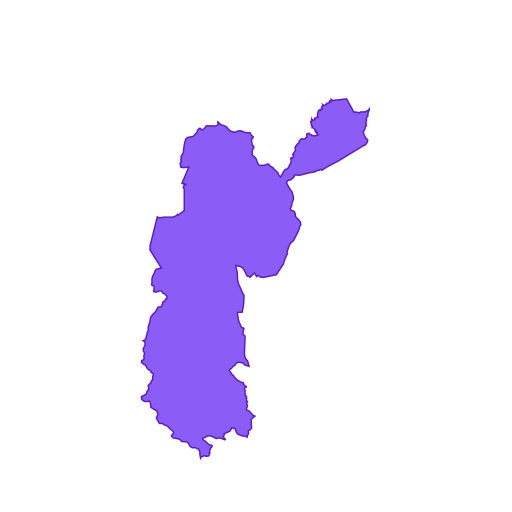 outline of Zoquitlán, Puebla, Mexico, rotated 141°
{"feature_id": "50627088B95071614808340", "entity_name": "Zoquitlán", "entity_type": "district", "adm_level": 2, "iso_a3": "MEX", "parent_name": "Mexico", "parent_adm1": "Puebla", "projection": "albers", "projection_center": [-97.006, 18.385], "detail": "fine", "context": "isolated", "style": "filled", "palette": "violet", "viewbox_px": 512, "rotation_deg": 141, "n_neighbors": 0, "source": "geoboundaries", "source_scale": "gbopen_adm2", "svg_char_len": 6137}
<svg xmlns="http://www.w3.org/2000/svg" viewBox="0 0 512 512"><g transform="rotate(141 256 256)"><path d="M397.1,261.2L396.5,259.6L397.4,257.4L398.3,256.6L402.1,254.8L403.3,253.1L403.7,250.9L404.1,250.2L406.1,248.9L407.5,246.6L409.0,246.2L410.6,246.7L411.9,245.5L411.6,243.1L410.6,240.8L411.3,236.5L410.2,233.2L410.1,232.4L410.8,231.4L410.1,229.8L410.4,228.4L412.6,227.0L414.0,225.0L415.9,224.8L418.0,223.3L419.7,223.6L421.6,223.0L422.0,221.4L423.7,219.8L426.2,219.2L427.5,218.1L428.4,217.9L431.1,218.2L432.5,218.7L434.0,218.5L435.0,216.3L434.7,214.4L433.8,212.7L431.8,211.1L430.3,210.7L430.1,210.2L430.6,208.2L432.9,204.5L430.6,197.9L431.9,194.7L435.4,192.9L436.4,187.3L436.2,186.3L434.2,184.9L433.5,182.5L431.9,179.7L431.6,176.0L430.9,172.4L430.9,171.1L431.4,170.2L434.6,169.7L435.0,169.3L434.9,167.7L434.4,166.3L431.1,162.3L430.5,160.9L430.6,159.6L430.3,158.4L426.8,155.1L426.3,152.4L427.0,150.8L427.0,149.4L426.2,147.1L423.8,145.3L422.2,141.9L423.0,138.9L424.2,137.5L426.3,133.8L424.7,134.4L423.6,133.7L422.2,133.6L420.7,131.7L418.9,130.5L417.4,130.8L416.2,131.7L415.6,132.5L415.9,132.7L414.9,133.3L413.8,134.6L412.7,134.6L412.5,135.3L410.4,135.5L409.5,136.1L409.8,137.2L411.4,138.9L411.7,142.9L412.9,147.0L412.0,147.9L409.5,146.9L408.1,147.1L405.0,145.4L403.9,144.0L401.8,139.2L398.6,137.5L395.9,132.8L395.3,132.7L395.2,136.3L394.8,136.7L393.7,136.6L392.5,137.9L386.6,136.3L382.7,137.7L381.6,135.8L380.8,135.1L382.3,130.9L382.0,128.4L379.8,124.7L377.5,122.4L376.9,120.8L375.8,121.8L373.9,122.5L372.9,123.5L372.1,125.1L369.7,124.6L367.8,125.0L365.9,127.5L365.9,128.2L363.7,130.2L362.9,132.1L357.6,132.2L358.6,134.2L358.8,139.6L360.1,142.2L360.0,142.9L358.3,144.2L357.6,144.3L356.7,145.2L356.0,147.5L354.1,148.3L354.4,149.6L353.7,150.8L352.8,151.2L352.1,152.5L351.8,153.5L352.2,154.0L350.2,157.4L349.1,158.2L348.7,160.0L347.3,160.6L346.1,160.2L345.7,160.6L346.5,163.0L345.6,165.7L346.9,166.9L348.5,171.1L348.9,173.5L349.0,176.6L348.6,177.3L349.1,178.0L349.2,179.3L348.7,183.6L348.4,184.0L347.8,184.4L346.3,184.1L343.6,184.6L340.9,184.4L339.6,184.9L336.8,184.8L333.5,181.3L333.2,178.2L330.8,174.6L328.5,180.0L328.8,181.9L328.2,184.6L326.2,187.7L314.9,200.6L315.4,203.5L312.2,206.4L311.1,207.1L310.9,207.7L312.1,209.4L312.0,210.5L310.5,215.9L309.4,218.5L307.9,220.5L307.6,221.7L306.1,223.6L305.3,223.4L302.0,221.0L296.0,226.3L290.1,232.9L289.9,234.9L286.9,246.0L284.9,249.7L281.7,253.9L279.8,257.2L278.9,259.5L277.4,261.4L276.5,259.6L274.9,257.8L274.0,256.1L274.0,252.9L275.5,245.9L274.2,244.5L274.1,243.2L267.8,243.8L268.5,239.7L267.0,239.9L265.8,236.9L263.9,234.8L252.0,228.7L239.8,232.5L235.7,235.3L230.1,238.0L229.5,239.6L223.1,243.5L220.7,244.3L217.3,244.3L209.1,247.9L205.3,249.9L204.2,251.2L202.6,251.6L201.1,252.5L200.0,255.3L200.5,261.7L198.7,264.7L198.3,267.0L199.8,269.0L199.6,271.1L196.1,273.1L194.6,274.6L191.4,276.4L189.9,278.1L187.8,282.7L187.5,286.7L186.3,293.9L183.3,294.6L181.0,293.3L176.8,293.5L175.1,294.5L174.3,294.2L172.0,291.9L170.1,290.7L162.7,287.4L158.9,285.2L156.0,284.0L155.1,284.3L152.8,282.8L151.5,282.8L150.7,281.2L143.9,280.4L132.5,278.1L104.9,274.4L104.1,274.7L102.8,273.9L101.1,273.6L98.7,274.1L96.4,275.5L96.2,276.6L96.5,278.6L95.9,281.8L95.3,283.5L94.1,285.3L92.2,285.6L89.7,287.6L88.3,287.8L88.5,288.3L87.0,289.4L87.1,289.8L85.9,291.3L84.6,291.9L84.4,292.8L82.0,294.3L81.0,294.3L80.1,295.6L78.2,297.1L76.0,298.3L75.6,298.9L76.6,298.5L80.6,299.4L84.0,302.1L85.7,302.2L86.3,303.5L87.2,303.7L87.8,305.1L89.4,306.3L86.7,321.1L98.4,328.5L98.8,329.7L98.9,329.2L100.5,330.1L101.6,329.9L101.3,328.9L102.0,329.3L103.7,329.2L104.5,329.9L104.6,329.5L106.1,329.9L106.2,329.6L108.3,330.0L108.8,331.4L108.9,330.9L111.0,330.7L111.9,328.6L113.8,329.5L114.2,328.6L114.7,329.3L115.9,329.7L119.2,327.3L120.7,324.9L121.6,325.7L123.1,325.5L123.5,326.1L124.3,325.8L124.7,325.0L126.7,325.5L126.4,327.5L127.9,326.0L128.9,326.0L129.5,325.1L129.7,323.6L130.2,323.5L130.9,322.3L130.6,321.3L131.6,320.5L131.1,320.2L130.6,317.4L131.0,316.9L130.6,315.8L131.6,315.4L131.1,313.7L131.7,313.8L131.7,311.9L131.4,311.1L132.6,311.3L135.4,312.9L136.5,314.2L136.5,315.2L137.6,316.4L137.5,318.1L139.6,318.9L140.7,318.0L141.3,316.6L145.4,316.4L146.1,317.9L146.7,318.4L149.9,318.3L151.8,316.7L153.3,317.0L157.1,316.0L159.1,313.1L163.8,311.7L163.3,310.5L165.9,309.1L166.7,310.1L167.5,310.2L169.0,307.5L170.6,306.3L173.1,305.4L174.7,304.4L177.3,304.0L178.3,304.7L180.3,304.7L187.1,301.9L187.5,304.2L186.6,306.6L187.4,313.4L187.2,314.0L188.6,317.5L188.3,319.1L188.8,320.0L192.6,321.4L196.3,324.2L196.5,325.6L195.8,328.8L194.9,330.8L194.7,333.4L195.3,336.9L193.7,339.1L190.8,341.4L189.9,341.4L189.0,342.1L189.2,342.9L188.8,343.5L188.9,345.1L186.7,348.7L185.5,349.8L184.1,349.6L183.1,350.5L183.7,353.0L183.1,355.4L187.3,359.4L187.9,361.3L188.6,361.7L188.7,362.3L189.5,362.6L189.5,363.5L193.1,365.1L194.9,365.5L195.3,366.5L196.2,367.2L196.3,368.0L197.0,368.7L197.6,371.4L197.7,374.7L198.5,376.9L200.7,380.1L201.2,384.2L201.7,383.9L202.4,382.3L203.1,381.9L206.4,382.7L207.8,384.7L209.6,385.5L210.2,386.6L211.0,386.8L212.4,388.3L213.0,388.4L215.6,387.6L218.2,387.6L218.9,388.7L218.8,390.0L219.8,390.9L222.1,390.6L224.1,389.2L229.6,388.5L234.7,391.2L236.4,391.2L237.6,390.7L241.4,387.9L247.8,381.8L251.6,380.5L252.9,378.7L253.9,378.1L255.0,375.9L256.1,375.9L257.1,375.3L257.5,374.0L258.5,372.8L258.4,372.3L256.9,370.4L252.3,367.4L267.9,359.0L264.9,355.2L266.9,356.4L269.3,355.2L269.7,353.1L283.1,336.5L290.8,336.7L290.9,337.8L291.8,337.5L294.2,337.8L296.4,338.7L302.9,344.0L306.5,346.1L307.7,347.4L308.1,348.5L331.5,330.9L334.6,327.4L337.1,306.1L338.1,306.8L341.8,308.4L343.4,308.2L345.6,306.8L349.0,305.4L351.6,303.4L353.5,300.8L355.1,299.7L355.3,298.5L354.5,297.4L354.4,296.4L354.8,295.6L357.9,293.0L357.6,292.1L356.3,290.7L352.7,289.5L351.8,288.8L351.4,287.1L351.8,285.8L350.8,284.1L350.7,283.1L350.7,280.6L351.0,279.8L352.0,279.1L353.3,279.4L353.8,279.0L355.3,278.7L357.7,278.7L358.8,277.6L361.0,276.6L362.1,276.4L364.2,277.9L369.7,275.8L373.0,275.6L376.6,274.6L379.3,272.1L384.6,268.5L385.4,267.6L386.0,266.3L388.9,264.9L389.9,263.6L391.7,262.9L392.6,261.6L395.3,260.6L397.1,261.2Z" fill="#8b5cf6" stroke="#5b21b6" stroke-width="1.5"/></g></svg>